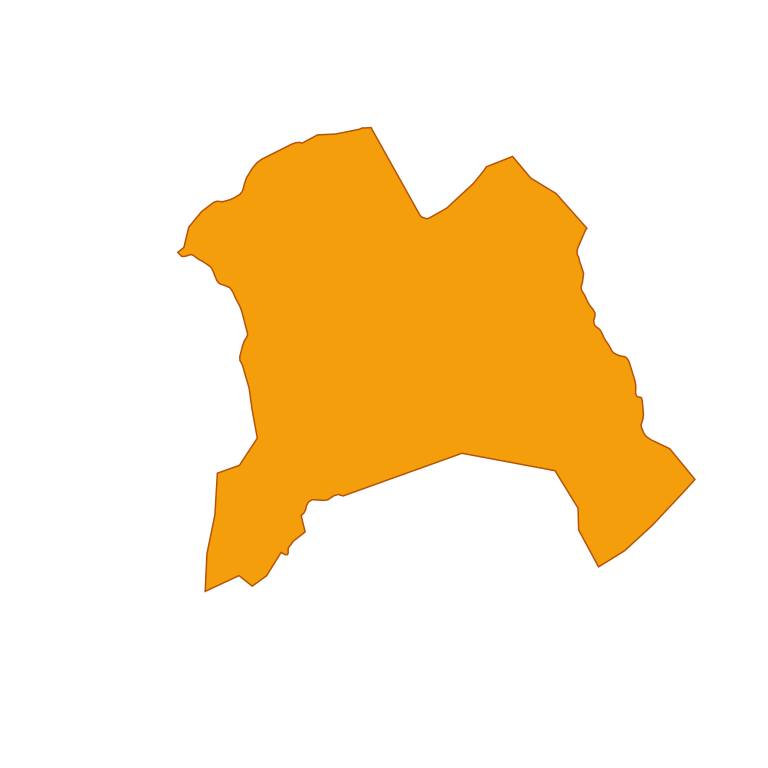 the Prefecture of Télimélé, rotated 335°
{"feature_id": "GIN-5660", "entity_name": "Télimélé", "entity_type": "Prefecture", "adm_level": 1, "iso_a3": "GIN", "parent_name": "Guinea", "parent_adm1": "", "projection": "equal_earth", "projection_center": [-13.393, 10.882], "detail": "fine", "context": "isolated", "style": "filled", "palette": "amber", "viewbox_px": 768, "rotation_deg": 335, "n_neighbors": 0, "source": "natural_earth", "source_scale": "10m", "svg_char_len": 2187}
<svg xmlns="http://www.w3.org/2000/svg" viewBox="0 0 768 768"><g transform="rotate(335 384 384)"><path d="M596.7,232.1L604.0,259.4L620.4,284.0L633.7,328.6L631.5,329.8L617.2,342.5L614.9,345.5L613.9,348.3L614.0,351.2L613.1,355.7L611.7,368.0L606.8,375.8L603.6,379.2L602.8,382.2L602.9,385.1L603.4,388.2L603.3,395.8L603.6,399.1L605.0,405.1L605.2,408.9L603.9,411.7L601.0,414.9L599.9,417.8L599.8,420.2L600.6,422.2L601.8,424.1L602.7,426.3L603.0,429.0L602.9,435.0L603.2,438.2L604.2,444.0L604.5,450.1L605.2,452.7L606.5,454.5L609.4,457.9L611.1,459.3L613.0,460.4L614.5,462.0L615.3,464.4L615.5,467.5L612.9,486.7L611.8,490.9L610.3,494.5L608.2,498.4L607.8,501.3L608.6,503.2L610.0,503.8L611.5,505.2L611.0,508.3L606.5,520.7L604.2,524.7L601.9,527.4L599.7,529.6L599.0,532.1L598.7,538.2L599.1,541.1L600.1,543.5L601.3,545.4L602.4,547.4L615.6,563.4L625.5,601.9L610.8,608.1L567.1,625.6L531.6,636.8L501.2,640.4L499.9,618.7L498.7,598.6L507.4,578.5L502.4,534.9L425.3,479.7L343.6,472.2L299.7,468.2L295.7,464.7L291.3,464.1L284.1,465.2L280.2,464.0L269.9,458.4L265.9,459.0L262.7,461.2L259.9,464.7L257.0,467.0L253.3,468.3L250.0,484.7L235.1,488.2L233.3,489.4L228.2,492.0L226.8,494.2L225.7,496.8L224.3,497.8L222.4,497.0L219.5,493.2L196.5,508.2L179.1,511.5L171.6,496.4L134.3,496.4L151.8,463.0L175.4,431.2L195.3,394.4L218.6,396.6L246.3,379.5L253.8,350.9L260.0,330.8L263.7,306.9L263.4,301.8L264.7,298.5L272.3,289.2L275.7,285.8L279.4,283.5L280.8,282.3L281.7,280.3L285.7,258.5L286.2,253.5L285.7,242.2L285.9,237.6L285.6,234.2L284.9,231.5L280.5,226.5L278.8,225.2L277.1,223.1L276.2,219.7L276.8,207.8L276.3,204.4L271.5,196.3L268.7,192.7L265.2,186.3L263.4,185.0L258.5,184.4L256.1,183.7L254.5,182.7L252.7,177.5L260.3,175.7L267.4,166.8L273.4,159.3L291.6,150.6L306.5,147.4L309.8,147.8L311.4,148.6L313.1,149.7L315.2,150.7L322.3,151.9L327.1,152.0L333.5,151.2L336.9,149.6L339.3,147.1L342.2,143.5L346.5,139.0L356.1,132.7L362.1,129.9L367.8,128.6L401.9,127.6L406.1,128.1L409.4,129.2L411.6,131.1L429.0,130.1L445.2,136.8L468.8,142.6L472.8,142.8L474.5,143.7L480.6,146.1L487.9,245.9L488.5,248.4L492.6,252.3L495.2,252.7L515.2,251.1L549.8,240.0L564.9,232.7L568.5,230.4L596.7,232.1Z" fill="#f59e0b" stroke="#b45309" stroke-width="1.5"/></g></svg>